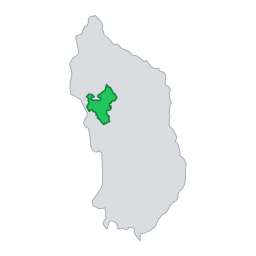 location of Heves within Hungary, rotated 270°
{"feature_id": "HUN-3174", "entity_name": "Heves", "entity_type": "County", "adm_level": 1, "iso_a3": "HUN", "parent_name": "Hungary", "parent_adm1": "", "projection": "robinson", "projection_center": [20.209, 47.788], "detail": "fine", "context": "in_parent", "style": "filled", "palette": "green", "viewbox_px": 256, "rotation_deg": 270, "n_neighbors": 0, "source": "natural_earth", "source_scale": "10m", "svg_char_len": 4115}
<svg xmlns="http://www.w3.org/2000/svg" viewBox="0 0 256 256"><g transform="rotate(270 128 128)"><path d="M215.8,76.0L219.0,75.7L219.8,75.9L220.4,77.8L220.5,78.0L221.2,79.2L222.0,80.9L223.1,82.2L225.5,82.7L228.7,84.3L230.8,87.3L233.9,88.5L234.2,88.5L234.8,88.4L237.0,88.3L237.4,88.9L239.2,90.3L240.0,91.6L239.6,93.0L240.0,94.5L240.6,95.0L239.8,96.0L234.1,101.2L231.9,102.5L230.4,102.8L228.0,102.3L225.5,102.7L223.4,103.8L221.4,104.1L219.8,105.4L217.9,108.2L215.5,110.6L213.1,112.1L211.8,113.4L211.7,117.9L210.4,119.2L208.5,120.6L207.6,121.7L204.8,128.6L202.7,130.8L200.7,132.5L200.4,134.1L200.5,135.9L198.2,139.4L195.2,143.1L194.7,144.6L195.4,146.6L192.5,149.0L190.9,150.1L189.5,150.7L188.6,152.1L187.2,155.7L187.6,157.3L187.7,158.8L185.2,159.6L184.5,161.3L183.9,163.3L182.9,164.2L180.2,165.8L173.4,165.1L170.9,165.7L170.1,166.9L169.9,167.8L169.1,168.7L167.5,169.9L166.0,170.4L162.4,169.0L154.8,170.4L153.5,171.4L152.5,170.7L150.8,170.0L143.2,169.2L140.2,169.8L136.2,169.6L132.5,168.9L129.7,169.5L127.3,172.3L126.1,173.2L125.1,173.8L123.0,174.7L121.3,175.8L118.9,176.5L116.8,176.4L114.9,175.2L114.2,175.5L113.5,176.6L112.5,177.6L109.5,178.7L108.8,178.7L108.6,178.7L106.3,179.6L102.6,180.1L100.7,179.7L97.3,183.7L96.2,184.4L93.0,185.6L90.4,186.2L88.1,185.7L87.2,185.6L77.1,185.4L71.9,184.6L68.5,183.1L66.3,181.4L65.2,179.5L62.7,178.3L58.5,177.9L55.4,176.1L53.1,172.7L50.1,170.1L46.2,168.1L43.1,165.4L40.9,161.8L36.8,158.6L30.9,155.8L29.2,155.1L28.8,154.2L26.0,150.7L24.8,149.4L24.9,147.6L24.4,146.6L23.3,145.9L22.8,143.4L22.5,141.5L21.7,140.3L15.4,140.0L20.8,135.5L23.4,134.3L26.5,134.5L27.5,134.1L27.7,133.4L28.3,132.0L28.6,130.6L28.9,129.3L28.6,128.5L27.1,128.3L26.4,125.1L27.2,123.9L28.0,123.0L27.1,119.1L27.4,117.8L29.8,117.6L31.8,116.7L33.5,115.8L33.9,114.6L35.3,112.1L34.1,109.1L27.3,107.1L26.9,106.4L28.6,105.5L30.3,104.3L31.3,103.3L32.6,103.2L34.5,103.7L37.8,105.9L39.0,106.2L40.3,105.5L41.6,105.4L45.2,105.5L48.3,105.0L47.7,102.6L47.7,100.9L47.2,99.6L47.6,98.1L48.8,96.9L49.3,94.3L51.2,92.6L52.1,92.3L55.5,92.6L56.3,93.1L56.8,93.2L62.2,97.5L67.2,100.7L71.4,102.4L77.6,102.5L84.1,102.7L95.1,102.1L103.3,101.7L103.8,100.9L105.1,98.9L104.1,97.3L104.2,95.3L105.6,92.8L109.6,90.7L121.2,89.8L127.9,88.2L128.9,86.1L131.1,84.0L133.2,83.6L135.9,84.5L139.2,86.4L142.2,87.4L143.9,86.7L149.8,83.6L156.5,80.6L161.2,72.3L161.7,70.9L166.7,70.0L174.1,70.2L177.9,71.2L180.7,71.8L185.0,71.6L191.1,69.8L193.3,69.9L195.1,71.2L197.0,72.2L198.4,73.6L199.4,75.4L199.9,76.2L200.8,77.1L202.3,78.4L203.8,78.8L215.2,76.5L215.8,76.0Z" fill="#d9dde1" stroke="#a8b0b8" stroke-width="1"/><path d="M171.1,106.4L170.9,106.7L170.8,107.1L170.3,107.7L169.4,108.0L169.0,108.3L169.2,108.8L169.1,109.0L168.8,109.3L168.5,109.4L168.5,109.6L168.3,110.4L162.5,113.7L162.2,114.1L162.0,114.9L161.6,115.3L160.4,115.6L160.2,115.8L159.8,116.3L159.5,116.5L158.6,116.7L157.9,116.5L156.0,115.4L155.4,114.8L155.0,114.1L155.3,113.2L154.7,111.8L153.4,111.3L152.8,110.5L152.4,109.5L152.0,109.2L148.9,109.9L149.2,110.5L149.7,110.8L148.1,111.2L146.3,110.2L145.7,108.6L145.5,106.9L144.2,106.5L142.6,106.9L141.8,106.8L141.3,107.2L139.5,109.3L139.1,109.3L138.3,108.8L136.5,108.9L134.7,109.6L134.2,109.1L134.2,108.4L133.3,107.1L132.7,106.5L132.3,105.7L132.7,105.2L132.9,104.6L132.5,104.6L132.1,104.4L131.6,103.7L134.7,100.6L136.0,100.3L137.7,97.8L138.6,97.3L139.7,97.8L140.5,97.3L140.8,96.6L141.3,95.9L141.9,95.9L142.3,96.3L143.2,95.8L144.1,95.1L144.2,94.1L144.6,93.1L145.4,92.5L146.4,92.4L146.2,91.0L145.5,89.9L145.1,89.7L144.8,89.5L145.0,88.9L145.5,88.7L146.4,88.5L147.2,87.8L148.1,87.4L148.3,87.1L148.7,87.0L149.4,86.7L150.2,87.3L150.8,87.9L151.4,87.9L151.8,88.0L152.3,88.6L152.8,89.0L154.0,89.0L154.9,88.3L156.1,88.2L157.2,88.9L159.3,86.5L161.1,88.1L161.7,88.6L161.9,89.6L161.8,90.5L161.3,92.2L159.9,93.5L159.5,94.1L158.6,93.2L158.6,92.0L158.2,91.2L156.7,90.9L156.2,92.4L155.3,92.8L155.5,94.1L155.9,95.7L155.5,97.4L155.5,99.1L156.3,100.7L157.7,100.7L158.5,99.9L158.5,98.7L159.2,98.0L160.3,97.8L160.6,98.1L160.9,98.3L163.0,101.5L164.5,103.0L165.0,104.3L165.7,105.2L169.3,105.9L170.1,106.3L171.1,106.4Z" fill="#22c55e" stroke="#15803d" stroke-width="1.5"/></g></svg>